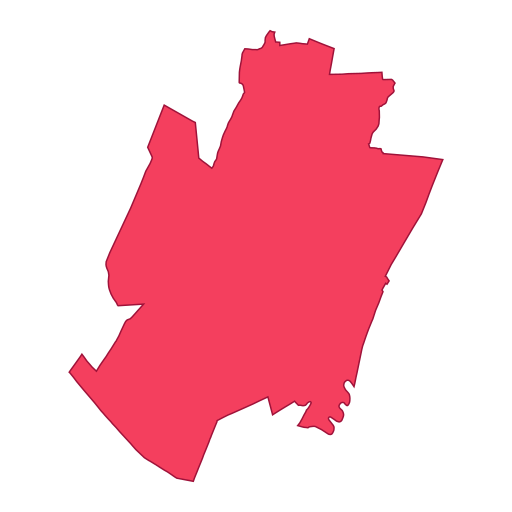 Soc Trang, Sóc Trăng, Vietnam
{"feature_id": "81297802B1985987011497", "entity_name": "Soc Trang", "entity_type": "district", "adm_level": 2, "iso_a3": "VNM", "parent_name": "Vietnam", "parent_adm1": "Sóc Trăng", "projection": "equal_earth", "projection_center": [105.991, 9.61], "detail": "fine", "context": "isolated", "style": "filled", "palette": "rose", "viewbox_px": 512, "rotation_deg": 0, "n_neighbors": 0, "source": "geoboundaries", "source_scale": "gbopen_adm2", "svg_char_len": 5998}
<svg xmlns="http://www.w3.org/2000/svg" viewBox="0 0 512 512"><path d="M117.3,304.7L118.1,305.7L143.6,304.1L132.1,317.0L130.2,318.8L127.2,319.9L125.7,321.4L124.5,323.6L121.0,331.1L118.9,335.9L116.5,340.3L116.1,341.2L115.5,341.8L110.9,349.2L108.4,352.9L106.1,356.6L104.3,359.1L103.4,360.4L102.9,361.1L100.0,365.3L96.4,371.2L92.1,367.1L90.4,365.1L86.9,361.1L84.1,357.1L81.9,354.2L80.2,356.8L73.9,365.6L70.5,370.3L69.2,372.2L70.1,373.1L73.5,377.3L76.8,381.7L83.8,390.1L87.3,394.2L94.3,402.4L97.7,406.6L101.1,410.9L103.3,413.3L104.9,415.2L108.6,419.3L110.7,421.5L112.4,423.6L116.2,427.6L119.7,431.7L126.7,439.3L130.5,443.4L132.8,446.1L135.8,449.5L144.4,457.7L148.8,460.5L149.8,461.0L155.2,464.3L160.5,467.7L164.3,470.1L167.5,471.9L175.2,477.2L176.9,478.2L193.3,481.3L194.5,477.9L195.8,474.7L197.1,471.5L198.4,468.2L202.4,458.4L203.6,455.0L204.8,452.1L206.2,448.7L208.9,442.0L210.0,438.8L210.6,437.6L211.4,435.4L215.6,425.0L216.9,421.9L217.1,420.6L219.0,419.6L223.4,417.3L228.0,415.0L231.9,413.4L252.9,404.0L259.9,400.6L267.9,396.9L270.2,405.6L272.6,414.8L274.6,413.5L280.0,410.1L285.4,406.8L290.1,404.0L294.6,401.2L296.1,402.9L297.0,403.8L298.1,405.0L298.4,405.2L298.6,405.3L299.6,405.2L300.3,405.2L301.3,405.4L302.1,405.6L303.0,405.7L304.1,405.6L305.5,405.2L306.5,404.2L307.4,403.0L308.8,402.0L309.6,401.7L310.6,401.7L311.2,402.8L310.4,404.6L309.5,406.2L308.4,407.9L307.5,409.1L307.0,409.6L306.5,410.0L306.2,410.9L305.6,412.2L304.0,415.0L302.8,417.4L302.1,418.8L300.8,421.1L299.9,422.8L297.7,425.6L302.4,426.9L304.1,427.3L306.3,427.5L307.3,427.7L308.0,427.7L308.6,427.4L309.1,426.9L309.4,426.8L312.5,426.4L313.8,426.3L314.9,426.4L315.8,426.7L321.5,429.6L325.2,432.0L326.8,433.1L327.4,433.4L328.2,434.0L329.0,434.3L329.7,434.4L330.3,434.5L331.2,434.3L331.8,434.0L332.5,433.1L333.2,431.8L333.7,430.6L333.9,429.7L334.0,428.3L334.0,427.2L333.8,426.5L333.2,425.3L332.4,424.3L330.3,421.6L328.9,419.8L328.5,418.9L328.5,418.0L328.8,417.5L329.2,417.1L329.6,416.9L330.3,416.9L330.9,417.2L331.8,417.8L333.6,419.0L336.5,421.1L337.3,421.4L338.3,421.7L339.0,421.9L339.8,421.8L340.5,421.5L341.2,421.0L341.9,420.1L342.6,418.4L343.2,416.8L343.5,415.7L343.6,414.6L343.4,413.4L343.1,412.4L342.5,411.0L341.8,410.1L340.4,408.8L339.7,408.1L339.3,407.3L339.0,406.5L339.0,405.8L339.3,405.0L339.8,404.2L340.4,403.4L341.2,402.8L342.3,402.4L343.3,402.5L344.1,402.8L345.1,404.1L346.0,404.9L346.5,405.4L347.0,405.5L347.6,405.5L348.3,404.8L349.0,403.6L349.6,402.1L349.8,400.7L349.9,398.6L349.8,396.9L349.5,395.3L349.2,394.2L348.5,393.2L347.4,391.9L346.2,390.6L345.4,389.6L344.3,387.5L343.8,386.2L343.7,385.2L343.9,384.0L344.1,383.1L344.7,382.0L345.8,381.0L346.8,380.3L347.7,380.2L348.4,380.3L349.4,380.7L350.3,381.5L351.2,382.6L352.6,384.5L354.0,386.6L354.8,383.3L356.0,377.2L357.0,372.7L361.8,349.4L362.5,346.5L363.0,344.9L363.6,343.3L364.6,340.3L366.0,336.2L367.4,332.3L368.9,328.3L371.9,321.0L372.8,319.0L375.6,310.3L378.8,302.8L381.1,296.4L383.0,291.7L382.0,290.0L382.8,288.4L385.7,283.3L387.0,284.2L389.1,280.9L387.6,278.7L386.7,277.1L385.8,276.5L385.3,276.3L391.2,264.5L395.3,257.7L412.5,228.4L421.4,213.8L425.9,202.6L429.1,193.8L432.4,185.2L437.8,171.7L442.8,159.6L423.0,156.9L383.2,153.6L383.2,153.0L383.0,152.7L382.5,152.3L382.0,152.0L381.9,151.8L381.3,150.1L381.1,149.0L380.8,148.7L379.7,148.6L378.8,148.7L378.1,148.7L377.7,148.6L376.5,148.2L374.3,147.9L370.7,147.8L370.0,147.7L369.7,147.3L368.6,143.9L369.2,143.7L369.6,143.4L369.9,142.9L370.1,142.1L370.5,140.6L370.7,139.4L371.0,137.9L371.8,135.0L372.2,133.7L372.8,132.7L373.4,131.9L374.4,130.9L376.2,129.1L378.2,126.0L378.6,124.7L378.9,123.7L379.2,119.4L379.4,117.7L379.4,116.4L379.3,111.7L379.3,110.9L379.0,109.6L378.9,108.7L379.1,107.4L379.2,107.0L380.0,106.2L380.8,106.3L381.4,106.1L382.9,104.8L384.7,103.9L385.4,103.4L385.9,102.9L386.3,102.0L387.1,99.7L387.3,98.5L387.6,97.8L387.9,97.2L388.8,96.3L392.9,92.8L393.5,92.1L393.8,91.6L394.0,91.1L394.0,90.6L393.8,90.1L393.3,88.7L393.2,87.5L393.2,86.4L393.5,85.9L394.3,84.3L395.0,83.1L392.6,80.1L391.5,79.4L383.9,79.6L382.9,79.5L382.6,79.2L382.2,76.2L381.9,72.3L378.4,72.5L372.6,72.7L366.8,73.0L361.2,73.4L348.5,73.7L342.1,74.2L329.5,74.4L330.1,70.7L331.5,63.2L332.9,55.2L334.1,48.6L324.5,44.9L319.7,43.0L311.2,39.5L309.3,38.7L307.4,44.1L302.4,43.7L300.0,43.3L296.3,42.9L294.5,43.2L290.8,43.7L279.8,45.5L279.8,42.3L275.7,42.0L274.9,39.1L274.3,36.7L274.1,35.3L274.1,34.7L274.1,34.1L274.8,32.1L272.1,31.7L270.1,30.7L268.9,32.1L266.5,35.5L265.4,37.6L265.1,40.3L265.1,42.3L264.4,43.8L263.8,44.9L263.2,45.8L262.4,47.2L261.9,47.7L261.3,48.2L259.5,48.8L258.0,49.5L257.4,49.7L256.7,49.7L255.7,49.6L252.4,49.6L248.3,49.0L246.8,48.9L244.8,48.8L243.1,51.9L242.6,52.7L242.1,54.3L242.0,55.8L241.3,61.0L240.7,64.0L240.1,67.2L239.7,69.7L239.4,72.3L239.2,82.3L239.3,82.7L239.6,83.0L240.3,83.1L241.2,83.4L241.9,83.8L242.6,84.5L242.9,84.9L243.3,85.7L244.2,90.1L244.5,91.9L244.6,92.3L244.4,92.7L244.2,93.0L243.4,93.9L243.1,94.6L242.8,95.5L242.6,96.1L242.1,97.4L241.7,98.3L240.7,100.0L238.7,102.9L236.1,107.6L233.9,111.1L233.7,111.6L233.4,112.5L232.5,114.9L232.1,116.2L231.7,117.1L231.4,117.7L230.6,119.2L228.8,122.2L228.2,123.4L228.0,124.1L227.6,125.2L227.1,127.0L226.8,127.7L226.1,129.2L225.1,131.1L223.4,134.8L222.6,137.1L221.8,139.8L221.3,141.6L220.8,144.4L220.7,144.9L220.5,146.0L220.1,147.0L219.3,148.9L218.5,150.6L217.9,152.1L217.7,152.8L217.5,153.6L217.4,154.3L217.2,155.3L217.0,156.6L216.7,158.5L216.5,159.1L216.2,159.6L215.9,160.1L215.5,160.6L215.1,161.2L214.7,161.8L214.5,162.4L214.2,163.1L213.4,165.9L213.2,166.4L212.8,166.9L212.5,167.3L211.8,168.2L209.3,166.3L205.9,163.6L204.3,162.5L202.4,161.1L200.3,159.3L198.8,158.1L195.3,122.5L192.4,121.1L164.2,105.1L147.7,147.3L152.2,157.0L152.2,158.3L151.6,160.0L150.1,163.5L145.8,171.2L143.5,177.3L140.8,184.1L130.7,208.0L109.8,252.7L106.2,261.7L106.0,264.5L106.2,266.1L106.8,268.1L108.3,271.6L108.9,275.2L108.3,281.3L108.5,284.7L108.7,286.6L109.0,288.1L109.5,289.9L111.1,294.1L113.4,298.4L116.2,302.3L117.1,304.0L117.3,304.7Z" fill="#f43f5e" stroke="#9f1239" stroke-width="1.5"/></svg>